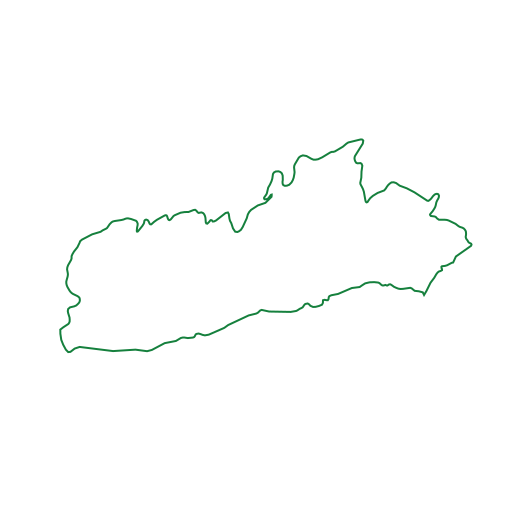 SVG path tracing the border of Meghalaya, rotated 344°
{"feature_id": "IND-2489", "entity_name": "Meghalaya", "entity_type": "State", "adm_level": 1, "iso_a3": "IND", "parent_name": "India", "parent_adm1": "", "projection": "mercator", "projection_center": [91.449, 25.547], "detail": "fine", "context": "isolated", "style": "outline", "palette": "green", "viewbox_px": 512, "rotation_deg": 344, "n_neighbors": 0, "source": "natural_earth", "source_scale": "10m", "svg_char_len": 4910}
<svg xmlns="http://www.w3.org/2000/svg" viewBox="0 0 512 512"><g transform="rotate(344 256 256)"><path d="M406.8,339.8L406.3,336.9L402.8,334.8L398.9,333.2L396.7,330.0L395.5,329.1L388.2,328.1L385.7,327.5L383.8,326.6L382.2,325.4L380.2,323.7L378.1,321.0L377.2,320.2L376.1,320.0L374.2,320.6L373.4,320.3L372.5,319.5L370.5,319.5L369.3,319.1L368.5,318.2L367.2,316.1L366.1,315.2L362.4,313.7L357.9,312.6L353.4,312.4L349.7,313.5L347.1,314.4L339.3,313.2L324.4,315.1L317.6,314.5L315.5,314.8L314.6,315.6L313.8,317.5L312.8,318.3L311.6,317.9L309.8,317.0L308.2,317.0L307.4,319.5L306.0,321.0L302.8,321.4L299.2,321.3L296.8,320.7L294.6,318.9L293.7,317.1L292.6,315.9L290.2,315.7L289.0,316.3L286.7,318.2L285.1,318.6L283.6,318.8L280.7,319.7L279.4,319.9L273.9,319.3L253.3,313.0L246.6,309.4L245.1,309.5L242.0,311.1L240.3,311.4L232.6,311.1L210.2,314.7L205.8,316.3L204.6,316.5L188.9,318.6L185.0,318.2L182.9,317.1L181.2,315.8L179.4,314.7L177.2,314.5L176.4,314.8L174.9,316.4L174.1,316.9L172.9,317.0L167.8,316.1L164.8,314.7L163.2,314.2L161.2,314.1L155.6,315.6L144.2,314.6L130.0,317.6L125.1,317.5L114.3,312.8L92.4,308.0L61.4,294.8L56.2,295.0L51.2,297.0L49.0,296.6L47.4,293.6L46.2,288.1L45.7,282.9L46.3,278.5L46.5,276.9L47.6,272.8L51.1,271.4L56.9,269.6L58.0,268.7L58.8,267.6L59.4,265.7L59.8,263.7L59.7,259.1L59.9,257.1L60.8,255.2L63.1,254.1L67.4,254.3L69.6,254.0L71.6,253.0L73.2,252.0L74.0,251.0L74.5,250.0L74.8,248.3L74.7,247.3L74.3,246.6L73.4,245.4L69.6,242.0L68.6,240.8L67.8,239.4L67.2,237.8L66.2,233.8L66.0,231.9L66.1,230.2L66.5,228.5L67.3,227.0L69.1,224.1L69.7,222.9L70.2,221.6L70.4,220.1L70.7,216.8L71.5,214.9L72.8,213.1L77.1,208.9L78.0,207.6L78.7,205.3L80.0,203.7L82.2,201.6L86.8,198.3L90.2,194.5L90.9,193.4L93.2,192.3L104.5,190.0L113.3,189.9L115.6,189.1L119.4,188.4L120.4,188.1L121.2,187.5L124.1,185.1L126.4,183.8L127.7,183.4L129.6,183.4L136.4,184.3L138.7,184.4L140.5,184.2L141.8,184.2L143.3,184.5L146.1,186.0L150.3,189.0L150.9,190.0L151.2,192.1L150.8,193.5L149.5,196.0L148.6,198.2L148.3,199.1L148.3,199.7L148.8,199.9L149.3,199.8L155.0,195.8L157.0,194.0L157.5,193.3L158.5,191.3L159.3,190.8L160.4,190.7L161.7,191.6L162.2,192.8L162.5,194.2L162.6,195.5L163.1,196.4L164.1,196.7L167.4,195.1L170.7,193.9L179.3,191.9L180.5,191.9L181.2,192.3L181.5,193.2L181.6,196.0L182.0,197.2L182.8,197.7L184.2,197.3L187.8,194.8L189.2,194.4L195.4,193.6L199.6,194.1L203.2,195.1L208.6,194.6L210.2,194.8L211.1,195.9L212.0,198.0L212.8,198.8L214.4,198.9L215.7,199.1L217.1,200.3L217.7,201.7L218.0,203.6L217.9,205.5L217.0,209.8L217.2,211.0L218.1,211.5L220.2,210.4L222.2,209.0L222.7,209.1L223.5,209.7L223.9,210.9L225.1,211.2L227.2,210.9L238.6,206.3L241.0,206.4L241.4,208.2L240.8,212.5L240.7,214.9L241.3,217.7L241.5,223.1L242.7,226.9L244.7,227.8L246.3,227.6L248.7,226.7L251.2,224.5L257.5,217.2L259.6,213.8L261.6,211.8L264.0,210.3L271.7,207.9L279.7,207.5L287.2,203.4L287.7,202.3L288.0,201.3L287.2,201.3L283.8,203.9L282.9,204.2L281.8,204.3L280.0,203.9L279.6,203.1L279.9,202.1L282.9,199.7L283.8,198.6L286.6,193.6L289.1,191.2L291.5,188.4L293.0,186.1L294.9,181.9L296.2,180.7L298.2,180.2L301.0,180.8L302.6,182.0L303.6,183.6L303.8,185.8L303.8,186.0L303.5,187.3L302.7,190.3L301.9,192.1L301.5,194.0L301.8,195.4L303.1,196.5L305.1,196.9L307.5,196.7L310.4,195.1L312.3,193.2L313.8,191.1L315.5,187.7L316.2,186.0L317.0,181.4L317.6,179.9L318.6,178.6L324.3,173.2L326.3,172.4L328.8,172.2L332.1,173.8L336.1,177.9L337.9,179.3L339.7,179.8L342.3,180.1L346.8,179.4L356.0,176.9L357.5,176.8L359.1,177.2L360.7,177.2L369.6,174.9L374.0,172.9L376.0,172.3L388.7,172.8L390.0,173.2L390.6,173.9L390.9,174.7L389.6,177.4L378.8,187.1L378.2,187.9L377.6,189.2L377.4,190.7L377.5,192.4L378.1,194.2L379.2,194.9L382.1,195.5L382.9,196.5L383.1,198.5L380.7,203.9L378.8,209.8L376.4,214.4L376.2,215.6L376.5,217.2L376.9,219.0L377.3,221.3L377.4,224.0L376.5,232.5L376.5,234.1L377.0,234.9L378.0,234.9L379.5,233.6L381.7,231.9L384.9,230.4L390.3,228.9L397.3,228.3L399.4,226.9L400.8,225.6L402.5,224.3L404.4,223.3L406.5,222.6L408.7,223.1L410.8,224.5L413.5,228.0L419.6,232.5L425.9,238.5L435.9,250.1L436.2,250.2L436.5,250.3L436.8,250.5L437.4,250.4L439.3,249.6L440.2,249.1L442.7,247.2L444.6,246.2L445.6,246.0L446.6,246.0L447.7,246.4L448.3,247.0L448.5,248.6L447.8,250.1L446.9,251.2L445.9,252.1L444.9,253.2L444.1,254.2L442.8,256.7L441.9,258.1L440.7,259.4L438.2,261.6L435.2,263.6L434.7,264.1L434.7,264.8L435.1,265.7L438.7,267.3L439.6,268.1L440.4,269.8L441.3,270.9L441.9,271.6L446.6,272.9L448.3,273.5L449.5,274.0L451.0,275.0L456.7,280.1L458.5,282.6L459.7,284.0L462.2,285.7L463.3,286.8L464.1,288.4L464.5,290.1L464.2,292.0L463.7,293.6L462.8,295.5L462.8,297.0L463.0,297.9L463.4,298.8L463.7,299.7L463.9,300.8L464.4,301.8L466.2,303.5L466.3,304.5L465.5,305.5L448.0,311.6L443.7,316.6L442.3,316.5L437.1,317.6L434.9,317.6L431.9,317.1L431.3,317.4L431.0,318.7L431.2,319.9L430.9,320.9L429.2,321.3L427.6,321.3L426.1,321.9L424.3,323.2L421.3,326.1L416.4,329.8L410.2,336.6L406.8,339.8Z" fill="none" stroke="#15803d" stroke-width="2"/></g></svg>